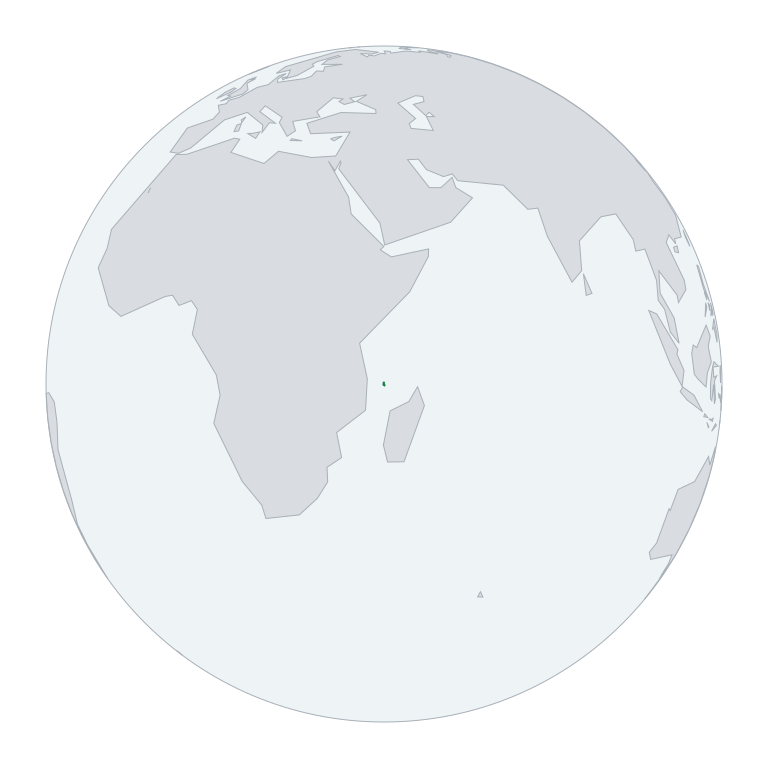 globe centered on Andjazîdja
{"feature_id": "COM-4935", "entity_name": "Andjazîdja", "entity_type": "state/province", "adm_level": 1, "iso_a3": "COM", "parent_name": "Comoros", "parent_adm1": "", "projection": "orthographic", "projection_center": [43.361, -11.647], "detail": "fine", "context": "on_globe", "style": "filled", "palette": "green", "viewbox_px": 768, "rotation_deg": 0, "n_neighbors": 0, "source": "natural_earth", "source_scale": "10m", "svg_char_len": 6268}
<svg xmlns="http://www.w3.org/2000/svg" viewBox="0 0 768 768"><circle cx="384" cy="384" r="338" fill="#eef3f6" stroke="#a8b0b8"/><path d="M46.2,393.3L48.8,392.7L54.3,402.1L57.0,422.3L58.0,449.6L72.1,501.4L77.5,524.4L87.7,545.2L107.3,578.0L107.7,578.5L94.2,557.8L82.2,536.1L71.9,513.6L63.3,490.4L56.4,466.7L51.2,442.5L47.8,418.0L46.2,393.3ZM182.0,654.9L176.4,650.4L177.8,651.4L182.0,654.7L182.0,654.9ZM641.7,165.4L641.0,164.9L633.9,156.6L636.6,160.8L643.8,169.2L647.3,172.4L652.6,180.9L665.8,198.6L675.6,215.3L681.2,237.0L674.5,238.9L675.8,244.0L668.9,234.9L666.2,242.5L684.2,280.1L685.9,289.7L678.5,302.6L677.1,295.1L658.9,270.9L660.1,293.1L674.1,317.8L679.1,343.3L670.3,332.0L664.7,309.5L658.2,300.3L656.6,280.4L644.9,249.1L635.8,251.1L633.3,239.7L615.8,213.9L600.9,216.8L579.4,240.9L581.7,270.6L572.0,282.2L547.3,236.1L537.9,208.1L527.9,209.3L503.3,185.2L457.8,180.7L452.3,173.9L443.5,176.6L426.4,169.6L418.4,159.2L407.5,159.7L429.3,187.6L441.0,187.6L452.1,177.3L455.8,187.6L472.5,197.8L450.6,222.2L384.7,245.0L380.0,223.2L338.7,168.8L341.0,162.9L340.8,162.3L340.4,161.1L334.9,170.8L328.4,161.2L348.6,197.2L351.2,214.0L383.8,246.4L380.3,249.9L391.3,256.9L428.6,248.9L428.4,256.4L409.7,291.8L359.6,343.2L367.3,378.9L365.5,410.3L336.6,432.5L341.6,457.6L327.0,467.3L327.7,481.9L317.4,498.3L299.3,514.9L265.9,518.5L261.8,505.2L242.1,481.2L213.8,423.4L220.1,395.1L216.3,374.9L192.3,334.2L197.4,309.5L191.5,300.7L179.0,305.4L172.5,295.2L165.1,296.5L120.9,316.4L108.9,305.7L98.2,267.8L107.2,248.2L111.5,229.3L176.1,154.5L186.9,154.3L234.4,138.2L239.8,139.2L230.9,152.4L264.0,163.5L278.5,151.3L311.6,157.5L335.7,156.0L350.0,132.1L310.6,133.7L306.9,123.3L341.1,112.5L376.0,113.5L375.7,109.6L356.3,101.3L367.0,94.7L349.9,98.2L354.8,101.7L344.2,104.5L339.0,101.5L343.0,99.0L333.3,97.8L316.7,111.7L320.0,116.8L292.7,121.4L295.5,130.8L287.1,136.3L279.3,122.6L282.1,117.2L265.3,105.8L259.8,111.6L275.4,123.2L269.3,122.8L262.0,132.5L262.8,124.9L247.3,112.4L224.5,119.9L190.7,148.0L178.4,153.3L170.2,152.0L187.4,128.0L212.9,119.2L219.4,112.1L218.3,105.3L226.2,103.7L228.9,100.3L239.0,97.5L257.2,87.4L268.1,84.7L279.2,75.7L286.3,73.5L277.7,79.2L277.5,82.4L305.0,78.5L311.4,76.2L316.5,71.0L323.4,71.3L324.7,66.9L342.5,64.3L322.0,64.4L327.3,60.1L340.1,56.5L338.2,55.5L317.4,61.6L312.3,64.2L313.9,66.2L297.0,75.5L286.8,78.3L290.5,69.9L276.3,73.4L285.4,66.7L336.3,51.9L355.4,49.5L378.8,52.2L372.1,54.0L360.3,53.6L367.5,57.0L368.7,55.2L374.4,55.9L381.0,53.3L385.4,53.8L384.2,51.0L390.3,51.4L391.0,53.1L405.9,51.1L419.7,52.3L421.0,51.8L418.4,50.8L437.6,53.9L437.7,53.4L431.4,52.1L427.5,50.7L428.1,49.6L434.7,50.7L435.4,51.2L446.8,54.6L447.5,56.7L450.3,57.2L451.2,55.7L437.3,51.4L435.8,50.6L443.5,52.3L440.6,51.6L441.9,51.6L449.4,52.9L441.5,51.1L442.7,51.2L468.1,56.7L493.0,64.2L517.3,73.5L540.8,84.7L563.3,97.6L584.8,112.2L605.1,128.5L624.1,146.2L641.7,165.4ZM150.6,187.6L148.1,193.1L150.6,187.6ZM411.2,128.4L433.3,130.5L426.4,116.5L434.3,116.6L429.1,112.2L425.8,115.6L413.4,104.4L424.0,101.6L422.9,96.5L415.4,95.7L397.9,103.1L415.6,118.5L409.2,123.6L411.2,128.4ZM234.0,87.9L236.0,88.4L230.2,92.5L216.4,98.7L224.8,92.5L234.0,87.9ZM240.3,88.6L247.9,80.1L256.7,76.9L250.5,79.9L255.6,78.7L246.9,83.4L248.0,89.7L242.8,94.0L220.3,101.3L230.5,96.1L227.8,95.5L240.3,88.6ZM263.2,68.4L269.7,66.1L264.8,68.1L250.8,73.5L248.9,74.3L263.2,68.4ZM247.9,133.6L252.5,133.4L260.0,131.8L255.6,138.4L247.9,133.6ZM236.9,125.0L241.3,123.5L238.7,130.9L234.0,131.6L236.9,125.0ZM245.9,116.9L241.7,122.8L241.2,120.0L245.9,116.9ZM282.0,78.0L287.0,76.7L286.6,77.7L282.9,79.9L282.0,78.0ZM351.3,47.7L349.9,47.8L349.3,47.9L351.3,47.7ZM342.1,136.2L333.9,140.9L330.8,138.9L334.2,137.6L342.1,136.2ZM291.7,138.7L302.2,140.8L290.3,140.5L291.7,138.7ZM359.5,47.0L357.8,47.1L359.5,47.0ZM480.4,591.7L482.9,597.1L477.6,596.9L480.4,591.7ZM424.4,405.6L404.0,461.8L387.6,462.0L383.4,445.1L390.1,410.9L408.8,401.6L417.6,386.7L424.4,405.6ZM706.8,422.2L708.8,426.7L708.5,428.1L706.8,422.2ZM704.8,413.8L707.8,417.5L703.8,416.7L704.8,413.8ZM708.8,419.0L711.7,419.4L713.0,418.3L712.4,421.4L708.8,419.0ZM702.6,411.7L687.2,400.1L680.2,391.7L682.7,386.9L694.0,395.2L702.6,411.7ZM682.1,386.4L670.3,364.1L648.8,310.5L656.7,313.9L678.0,349.8L676.9,354.1L684.0,370.5L682.1,386.4ZM707.4,372.9L706.0,387.0L698.3,379.4L694.3,374.2L691.7,353.4L693.2,345.0L696.7,347.6L706.1,325.1L710.2,336.2L708.2,346.5L711.3,361.9L707.4,372.9ZM583.4,273.7L592.0,293.4L586.2,295.4L583.4,273.7ZM706.8,307.5L705.1,317.0L705.7,302.7L706.8,307.5ZM705.3,293.1L706.9,300.1L704.2,292.0L705.3,293.1ZM678.6,252.7L675.1,251.9L673.5,247.3L677.1,245.8L678.6,252.7ZM683.0,229.9L688.5,242.5L689.8,246.4L685.5,237.4L683.0,229.9ZM417.8,47.8L407.8,47.6L405.4,48.4L411.3,49.8L398.7,48.4L402.5,47.0L417.8,47.8ZM712.8,462.1L710.2,472.1L708.8,477.3L700.0,503.7L689.1,529.2L676.2,553.8L661.2,577.2L644.4,599.3L648.1,594.7L661.9,575.7L659.4,578.4L666.9,568.2L660.9,575.9L668.6,563.3L672.0,554.8L650.7,559.4L649.3,552.3L656.6,543.0L669.1,508.7L670.2,510.6L678.1,489.4L694.6,481.6L708.6,456.5L709.8,465.2L715.5,446.7L714.5,454.2L712.8,462.1ZM711.6,431.3L715.5,423.8L716.5,425.2L711.6,431.3ZM720.9,410.8L721.0,407.3L721.4,398.7L721.7,397.2L721.5,386.0L721.9,388.8L720.9,410.8ZM719.8,421.8L719.4,424.7L720.0,420.3L719.9,421.3L719.8,421.8ZM719.3,394.5L719.0,398.2L718.6,393.6L719.3,394.5ZM720.1,394.2L720.8,403.3L719.8,397.1L720.1,394.2ZM713.0,367.1L713.9,377.5L716.7,375.7L714.5,381.0L715.5,399.0L714.4,403.9L713.7,384.6L711.8,400.7L710.4,398.6L710.6,383.0L712.5,367.1L713.9,361.7L718.4,366.2L713.0,367.1ZM720.5,382.9L720.0,371.1L720.2,365.0L720.7,371.9L720.5,382.9ZM717.1,342.4L713.9,327.4L712.6,329.1L713.8,318.6L716.9,334.5L717.1,342.4ZM712.1,314.0L711.0,315.4L711.1,308.7L712.1,314.0ZM709.8,310.8L708.1,302.5L709.8,305.7L709.8,310.8ZM712.9,315.8L710.5,302.7L712.8,311.8L712.9,315.8ZM703.3,284.1L709.5,301.4L704.0,290.1L696.7,264.8L698.5,266.6L703.3,284.1Z" fill="#d9dde1" stroke="#a8b0b8" stroke-width="1"/><path d="M384.6,385.0L384.8,385.3L384.7,385.5L384.4,385.7L384.1,385.3L384.0,385.2L383.7,385.2L383.4,385.0L383.4,384.9L383.2,384.7L383.2,384.4L383.3,384.2L383.4,382.9L383.4,382.7L383.5,382.5L383.5,382.4L383.8,382.3L384.0,382.3L384.2,382.5L384.1,383.8L384.1,384.0L384.4,384.4L384.5,384.6L384.5,384.8L384.6,385.0L384.6,385.0Z" fill="#22c55e" stroke="#15803d" stroke-width="1.5"/></svg>